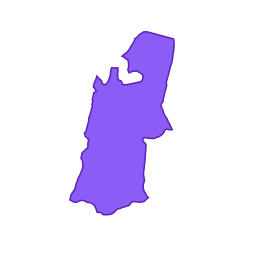 outline of Paracambi, Rio de Janeiro, Brazil, rotated 324°
{"feature_id": "56859067B55685454752047", "entity_name": "Paracambi", "entity_type": "district", "adm_level": 2, "iso_a3": "BRA", "parent_name": "Brazil", "parent_adm1": "Rio de Janeiro", "projection": "robinson", "projection_center": [-43.72, -22.62], "detail": "fine", "context": "isolated", "style": "filled", "palette": "violet", "viewbox_px": 256, "rotation_deg": 324, "n_neighbors": 0, "source": "geoboundaries", "source_scale": "gbopen_adm2", "svg_char_len": 2193}
<svg xmlns="http://www.w3.org/2000/svg" viewBox="0 0 256 256"><g transform="rotate(324 128 128)"><path d="M133.3,67.7L130.6,69.8L128.2,71.1L126.3,72.4L124.1,74.4L124.2,77.0L124.0,79.6L120.8,79.5L118.4,81.9L115.8,84.0L114.7,86.4L112.8,87.5L111.8,89.6L109.2,91.5L107.3,93.3L105.4,94.7L102.5,96.6L100.0,99.5L97.0,101.9L93.7,104.6L91.9,106.1L89.7,106.5L88.4,109.7L89.5,113.0L88.3,115.3L86.0,117.3L84.4,120.0L81.3,120.5L78.8,120.8L76.5,121.0L73.9,123.3L72.0,125.1L72.0,127.6L70.5,130.3L68.1,133.5L65.1,135.5L61.4,137.8L57.7,139.6L55.3,141.5L52.9,142.9L50.8,144.9L48.6,146.5L46.0,147.3L43.3,148.3L41.3,149.7L38.8,152.0L40.2,155.4L42.5,157.8L46.0,158.4L48.1,159.3L49.8,161.1L51.4,164.3L54.3,167.0L55.3,170.7L54.6,174.7L53.5,178.1L56.4,180.3L57.0,183.6L61.0,186.5L64.4,188.0L68.3,188.0L71.2,187.2L74.0,188.3L76.9,189.0L79.0,189.9L81.4,190.5L83.3,191.3L85.6,190.6L88.6,190.2L90.6,192.0L92.3,193.5L95.0,195.7L98.0,196.9L100.9,196.4L103.5,196.3L103.2,193.5L103.8,190.8L103.9,188.2L105.1,185.5L107.2,182.6L110.4,180.3L112.1,177.0L113.5,174.2L115.6,171.9L117.8,169.6L120.5,166.5L122.6,164.3L124.8,161.6L126.7,159.3L128.6,157.2L130.2,155.3L133.0,151.7L132.4,146.7L135.2,145.0L137.4,147.2L139.9,149.5L142.7,151.7L145.2,152.3L147.7,153.1L150.6,153.4L154.0,152.9L156.2,151.5L158.3,151.4L160.0,153.3L162.7,155.4L163.4,152.4L164.0,149.0L164.3,146.1L165.1,143.0L165.0,139.5L165.9,136.2L167.0,133.1L167.5,129.8L169.4,127.8L171.5,127.5L173.6,125.2L176.7,122.7L179.2,120.4L182.1,118.2L184.5,116.1L185.7,113.7L188.5,111.3L192.0,108.7L195.9,105.3L198.4,103.3L201.2,101.4L204.4,98.5L206.8,95.8L208.7,93.9L210.8,91.8L213.3,89.0L215.9,85.3L217.2,82.7L199.9,61.3L197.2,59.4L194.6,59.4L191.9,59.1L188.7,59.9L185.8,59.8L184.0,61.5L181.6,62.5L178.2,63.7L175.2,65.2L171.7,66.1L168.2,66.1L165.4,66.5L166.5,68.5L167.2,71.1L167.7,73.6L166.0,76.8L163.8,79.5L162.1,80.8L161.3,84.1L165.1,84.9L168.5,87.0L170.0,89.9L171.2,93.6L169.5,96.4L166.7,98.2L163.9,97.4L152.3,92.1L149.3,89.9L150.1,85.9L148.5,83.5L149.5,81.0L151.0,78.5L153.7,75.7L155.1,73.2L152.7,71.7L150.0,69.6L147.3,71.9L144.8,74.7L141.9,77.0L139.1,78.7L135.4,79.9L133.2,77.3L134.4,73.9L133.6,70.8L133.3,67.7Z" fill="#8b5cf6" stroke="#5b21b6" stroke-width="1.5"/></g></svg>